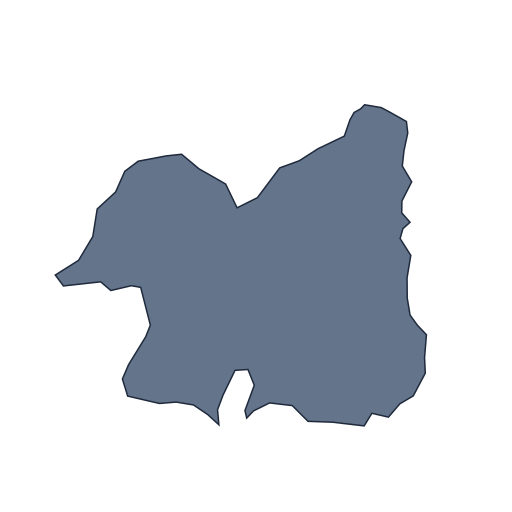 Pitargou, Paphos, Cyprus (Equal Earth projection), rotated 193°
{"feature_id": "46923920B91731553605011", "entity_name": "Pitargou", "entity_type": "district", "adm_level": 2, "iso_a3": "CYP", "parent_name": "Cyprus", "parent_adm1": "Paphos", "projection": "equal_earth", "projection_center": [32.543, 34.831], "detail": "fine", "context": "isolated", "style": "filled", "palette": "slate", "viewbox_px": 512, "rotation_deg": 193, "n_neighbors": 0, "source": "geoboundaries", "source_scale": "gbopen_adm2", "svg_char_len": 1089}
<svg xmlns="http://www.w3.org/2000/svg" viewBox="0 0 512 512"><g transform="rotate(193 256 256)"><path d="M192.7,417.9L195.1,409.7L196.3,398.4L196.9,392.7L219.6,374.6L235.2,358.6L252.7,347.2L267.8,313.1L285.3,298.7L301.8,319.3L331.1,328.1L351.4,338.4L366.1,333.3L392.1,321.9L402.9,309.0L405.6,295.0L407.2,286.8L421.3,266.1L419.4,238.2L427.9,211.9L447.3,192.3L439.1,185.4L436.9,183.5L401.5,195.9L389.7,189.7L370.8,199.0L361.3,199.5L343.4,164.9L345.3,152.5L355.7,121.5L358.5,106.1L349.5,90.6L331.1,90.6L316.9,90.6L300.9,95.7L283.4,96.8L267.3,90.6L254.2,83.2L258.9,97.6L256.8,113.2L250.7,139.9L238.3,143.6L228.6,129.7L232.0,102.9L228.6,96.0L223.5,104.6L209.7,115.9L187.0,118.4L168.1,106.6L144.5,111.2L112.4,114.8L107.7,128.8L90.7,128.8L82.6,144.3L71.3,155.1L64.7,179.9L68.9,194.9L72.2,217.6L83.1,224.8L92.6,233.1L99.2,249.1L103.9,268.7L105.3,291.4L119.5,305.4L119.0,315.7L113.5,323.5L123.7,330.8L126.2,342.4L121.0,363.3L133.7,376.6L135.5,392.1L135.8,410.0L139.7,420.9L156.4,425.8L167.3,428.8L184.2,427.8L187.2,422.9L192.7,417.9Z" fill="#64748b" stroke="#1e293b" stroke-width="1.5"/></g></svg>